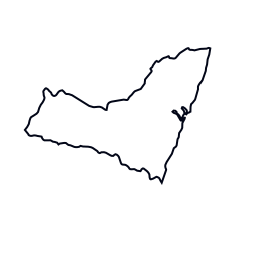 an SVG outline of Alagoas, rotated 345°
{"feature_id": "BRA-623", "entity_name": "Alagoas", "entity_type": "State", "adm_level": 1, "iso_a3": "BRA", "parent_name": "Brazil", "parent_adm1": "", "projection": "robinson", "projection_center": [-36.639, -9.667], "detail": "fine", "context": "isolated", "style": "outline", "palette": "ink", "viewbox_px": 256, "rotation_deg": 345, "n_neighbors": 0, "source": "natural_earth", "source_scale": "10m", "svg_char_len": 3621}
<svg xmlns="http://www.w3.org/2000/svg" viewBox="0 0 256 256"><g transform="rotate(345 128 128)"><path d="M228.1,72.4L225.5,78.1L222.7,82.3L220.8,87.2L219.0,90.1L217.9,93.0L212.3,101.3L210.8,102.6L210.8,102.1L209.3,103.0L207.7,104.4L206.4,105.9L205.9,107.5L205.7,108.6L200.5,117.3L199.9,118.1L196.8,120.4L195.1,121.3L193.9,123.7L192.5,128.4L191.7,128.5L191.1,128.8L189.5,128.9L188.9,129.1L188.4,129.5L187.2,130.4L188.2,128.6L189.1,127.4L189.3,126.1L188.1,123.8L187.5,123.1L186.7,122.2L185.8,121.9L185.0,122.9L185.2,123.4L186.1,125.2L186.4,126.1L186.4,128.1L186.1,128.9L185.7,129.2L185.2,129.4L182.4,132.7L182.0,133.0L181.4,131.7L180.8,130.2L180.8,129.4L178.8,125.9L179.0,124.9L178.1,123.6L176.6,123.0L175.2,123.8L176.0,125.1L177.8,126.4L178.8,127.4L179.2,128.3L180.7,134.0L181.0,134.5L181.9,134.8L182.1,134.5L182.1,133.9L182.4,133.4L184.5,133.0L185.5,132.7L185.9,131.9L185.1,133.7L181.8,137.3L180.4,141.9L179.1,143.5L176.1,146.1L174.6,150.0L174.1,150.6L173.4,151.1L172.7,152.2L170.5,157.3L169.6,158.3L167.0,159.4L163.7,164.3L156.6,170.8L154.6,173.2L154.1,174.4L153.9,176.1L154.0,177.0L154.1,177.5L154.1,177.9L153.9,178.5L146.4,189.6L145.9,188.0L145.2,184.7L144.8,184.0L143.4,182.8L142.8,182.5L139.1,183.4L136.8,183.5L136.1,182.8L136.1,181.2L136.6,178.5L136.3,177.0L135.7,175.5L134.9,174.2L132.6,171.2L131.7,170.9L130.4,171.4L129.2,172.7L128.8,172.9L128.3,172.7L125.8,171.6L124.1,169.9L123.3,169.3L120.8,168.8L119.4,168.3L118.8,167.5L118.5,166.3L117.7,164.8L116.6,163.5L115.7,162.8L113.3,161.9L112.5,161.3L112.1,160.0L111.7,153.6L111.3,152.4L110.3,150.9L109.1,150.1L107.9,150.4L106.6,151.1L105.3,150.8L104.1,150.0L100.3,146.2L98.6,145.2L96.2,144.6L95.4,144.7L94.8,144.9L94.1,144.9L93.3,144.3L92.9,143.8L92.4,142.4L91.9,141.8L88.7,138.1L87.3,137.0L84.8,135.8L79.7,134.2L77.5,133.0L76.0,133.5L74.4,133.4L72.7,133.0L71.3,132.4L67.9,129.8L66.0,128.9L64.1,126.4L62.6,125.9L58.1,125.4L56.6,125.9L55.8,123.9L53.8,122.6L51.8,121.7L50.8,120.6L49.9,119.8L44.1,118.3L43.3,117.6L42.8,116.6L42.4,115.4L42.3,114.0L41.8,113.7L38.4,112.2L37.4,111.6L36.5,111.2L35.3,110.8L32.9,110.7L32.2,110.5L31.5,110.2L30.8,109.7L30.3,109.2L30.2,109.0L30.2,108.6L29.9,107.7L27.9,103.2L30.9,100.9L33.2,98.5L34.7,95.6L35.8,93.9L36.5,93.0L37.3,92.4L39.7,91.7L43.4,90.5L45.2,89.3L47.5,85.6L49.8,83.0L52.1,81.2L53.9,79.3L54.7,78.2L55.2,77.1L55.2,76.4L55.1,75.2L55.1,74.4L55.5,72.4L55.5,71.7L55.6,71.0L56.0,70.3L58.0,68.7L58.8,68.4L59.4,68.6L60.7,70.1L61.0,70.7L61.2,71.3L61.5,71.9L62.6,73.5L62.9,74.2L62.9,75.0L63.1,75.8L63.4,76.5L63.8,77.1L64.4,77.7L65.3,78.0L66.4,77.9L67.3,77.5L70.0,75.3L70.8,74.9L71.6,74.6L73.1,74.5L74.3,74.6L75.5,76.4L76.2,77.9L76.7,78.7L77.3,79.2L78.9,79.7L79.7,80.0L82.5,81.9L96.2,96.6L99.8,98.8L100.6,99.1L104.7,99.8L106.4,100.3L108.1,101.4L110.3,104.0L110.9,104.6L112.0,105.0L114.3,100.2L115.9,98.8L117.4,98.4L119.0,98.3L130.5,99.4L131.3,99.5L132.0,99.8L133.6,100.5L134.6,100.7L135.3,100.4L136.0,99.8L136.5,99.1L137.9,98.1L140.2,96.9L142.5,95.2L143.6,94.5L144.4,94.2L150.4,93.6L155.7,89.3L156.0,88.2L156.6,86.9L156.9,85.8L157.5,85.2L165.0,79.9L165.5,79.3L165.6,78.9L165.6,78.6L165.5,78.2L165.2,77.7L165.0,77.1L165.0,76.6L165.5,76.2L167.1,75.5L168.4,73.9L171.9,71.0L172.5,70.9L173.1,70.7L173.9,71.7L174.7,72.0L175.6,71.7L178.7,70.1L180.5,69.6L183.5,69.5L184.9,69.2L185.8,69.2L186.0,69.6L186.0,70.2L186.1,70.9L186.7,71.4L188.0,71.8L189.7,72.6L190.9,72.9L191.7,72.8L192.4,72.5L197.0,69.3L198.1,68.8L204.6,66.7L206.1,66.4L207.1,66.6L207.2,66.9L207.3,67.4L207.4,67.9L207.8,68.3L208.3,68.6L210.6,69.3L212.3,70.2L218.1,70.3L224.5,71.7L226.5,71.5L227.1,71.7L228.1,72.4L228.1,72.4Z" fill="none" stroke="#020617" stroke-width="2"/></g></svg>